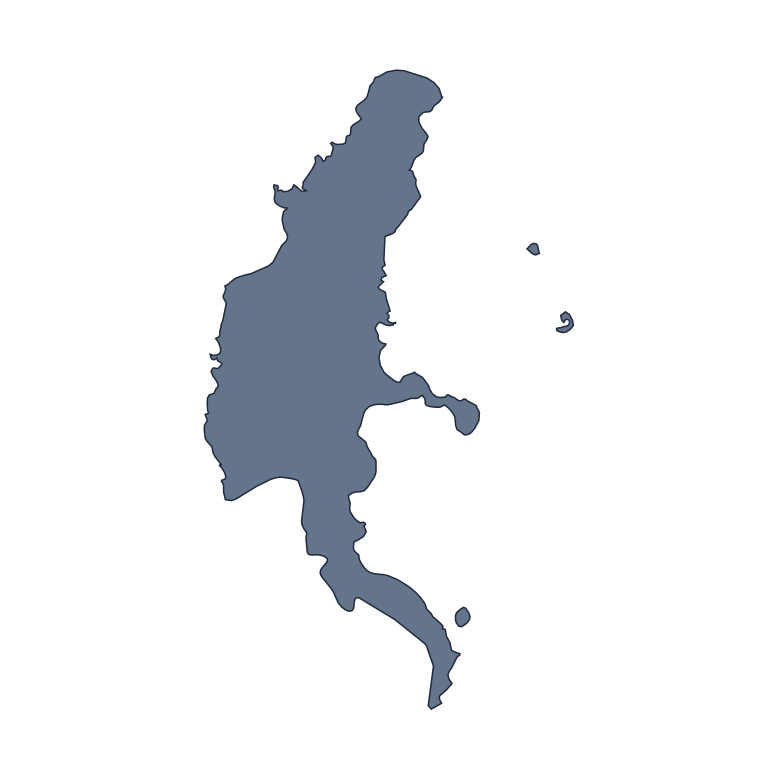 West New Britain, Robinson projection, rotated 100°
{"feature_id": "PNG-1257", "entity_name": "West New Britain", "entity_type": "Province", "adm_level": 1, "iso_a3": "PNG", "parent_name": "Papua New Guinea", "parent_adm1": "", "projection": "robinson", "projection_center": [149.97, -5.482], "detail": "fine", "context": "isolated", "style": "filled", "palette": "slate", "viewbox_px": 768, "rotation_deg": 100, "n_neighbors": 0, "source": "natural_earth", "source_scale": "10m", "svg_char_len": 6159}
<svg xmlns="http://www.w3.org/2000/svg" viewBox="0 0 768 768"><g transform="rotate(100 384 384)"><path d="M525.5,520.1L518.3,523.2L511.6,524.4L510.0,525.3L508.0,527.2L507.0,527.1L505.0,523.8L502.3,523.8L498.4,526.0L494.8,529.2L492.9,531.9L491.9,531.4L491.6,530.4L484.9,537.8L480.9,540.7L477.0,542.0L475.4,543.1L470.9,548.6L468.8,550.5L460.7,553.0L455.9,553.6L452.8,552.6L450.6,551.5L445.2,554.8L444.6,554.3L443.7,552.4L442.6,551.9L440.6,553.1L433.2,554.9L428.3,555.3L425.0,554.1L423.3,550.8L422.1,549.6L418.1,548.7L415.6,547.1L412.9,547.5L409.7,549.9L405.8,553.8L401.7,556.5L398.3,555.5L397.8,554.5L397.7,551.2L397.3,550.0L392.6,547.0L391.4,548.1L390.0,551.9L387.5,553.3L389.7,555.5L389.5,557.6L387.6,559.2L384.8,560.4L385.4,557.3L384.6,554.1L382.9,551.5L380.5,550.5L378.0,551.0L374.7,552.4L371.3,554.7L368.4,557.7L366.2,554.8L364.3,554.2L360.8,554.8L355.7,554.4L354.6,554.8L349.8,553.8L332.1,553.3L330.9,554.0L327.4,556.9L325.2,557.7L320.8,556.6L317.9,556.4L315.0,557.7L313.9,555.8L306.8,549.8L304.9,547.5L301.1,540.4L298.4,534.1L287.7,518.1L283.2,514.4L265.5,508.8L259.8,505.0L256.6,504.4L253.6,505.2L249.0,509.2L241.0,512.5L238.1,513.0L232.3,512.8L230.1,512.0L228.6,510.1L227.4,510.1L227.9,513.2L227.0,517.1L225.4,520.9L223.5,523.2L220.9,524.2L213.5,524.5L209.3,526.9L207.0,526.9L207.1,523.2L208.7,522.2L210.9,522.6L212.2,522.1L210.9,518.9L212.1,516.0L210.8,512.0L207.7,508.5L203.4,507.3L205.2,503.8L207.3,500.9L208.4,498.0L207.1,494.2L205.6,498.3L204.0,498.7L202.0,498.0L199.5,498.7L185.4,492.2L177.6,489.8L172.8,491.3L170.1,488.6L172.2,485.0L173.6,483.7L175.3,482.7L174.1,480.8L171.7,480.6L170.1,479.8L169.4,478.5L169.3,477.1L168.9,476.0L167.0,475.6L161.0,475.0L158.8,475.7L156.3,478.4L154.9,477.0L156.2,473.9L156.1,471.2L154.9,466.2L153.5,464.0L150.5,463.8L147.5,464.1L146.1,463.3L144.9,460.8L142.3,460.4L137.1,461.1L134.0,459.3L129.7,454.4L126.9,452.4L122.6,456.7L120.0,458.8L117.5,459.6L114.1,458.6L108.4,453.2L105.4,451.0L101.6,450.2L92.8,449.5L87.8,446.6L85.4,446.4L83.4,445.6L82.5,443.1L76.1,435.2L72.8,426.4L72.0,418.5L75.2,394.7L78.4,387.3L83.4,381.1L90.1,377.5L91.0,377.3L91.4,376.1L96.6,378.6L100.9,382.6L102.4,383.5L105.6,384.3L107.3,385.5L108.2,387.2L109.2,391.1L109.9,392.7L114.9,396.1L120.4,394.9L125.7,390.8L130.2,385.5L132.6,383.7L135.1,383.9L140.8,386.3L147.3,385.7L149.7,386.3L155.5,392.0L158.7,393.4L166.2,394.8L168.9,396.3L169.2,393.7L170.4,392.4L174.0,390.6L176.9,388.0L180.9,387.6L183.4,386.8L193.1,380.4L207.4,387.4L209.7,389.9L212.9,390.2L226.8,397.4L229.2,399.2L232.0,399.5L234.2,401.4L236.5,405.2L236.2,405.1L238.8,408.6L262.1,405.6L266.7,403.5L269.6,406.1L271.9,405.2L274.2,402.7L277.0,400.6L278.2,402.8L280.2,404.8L282.3,405.0L283.3,402.2L288.4,405.9L289.7,406.4L291.5,404.6L293.2,399.0L295.4,397.8L298.8,396.9L311.2,390.6L311.7,391.8L313.8,393.4L314.9,391.8L316.4,390.8L318.2,390.8L320.1,392.0L321.9,390.1L322.6,387.9L322.4,385.5L321.4,383.3L322.3,383.2L322.7,384.9L324.3,385.2L325.4,388.3L325.6,392.4L323.8,398.7L325.9,400.7L328.7,401.9L330.4,402.2L332.9,401.1L336.6,398.3L339.8,397.8L341.4,397.0L343.1,395.0L344.2,392.2L344.2,389.2L345.5,389.2L351.7,393.3L359.0,393.5L366.2,390.9L372.1,386.3L374.1,383.6L378.9,374.7L379.9,371.1L379.2,368.5L373.4,366.1L371.9,364.0L368.9,358.5L367.1,356.0L368.4,353.9L370.9,347.2L375.5,342.2L378.2,339.8L381.8,337.6L385.3,334.6L387.5,329.9L387.6,327.6L387.3,325.4L386.2,321.4L383.7,319.9L383.6,318.3L384.6,316.0L385.2,312.3L387.1,308.5L387.5,306.2L387.1,305.0L385.2,303.2L384.8,302.0L385.0,300.6L386.0,299.4L389.1,289.8L395.4,285.1L403.5,284.2L411.6,286.8L415.8,289.1L417.8,290.7L419.2,292.6L420.1,295.6L419.6,297.4L418.5,298.7L416.3,304.1L412.4,306.2L404.1,308.5L400.7,311.2L396.6,316.0L394.1,320.7L397.2,324.9L398.0,329.9L398.2,335.3L397.7,338.7L396.4,339.9L392.8,340.7L391.3,341.5L389.0,343.7L388.5,344.6L391.9,348.0L392.7,350.0L393.4,354.7L398.1,363.2L403.4,375.5L404.1,378.3L404.3,382.2L405.1,386.7L406.6,391.2L409.0,394.9L412.5,397.5L416.4,398.8L429.2,399.9L432.9,401.1L436.3,401.7L439.5,400.6L444.2,392.0L449.1,389.4L454.8,384.4L456.7,383.3L459.9,379.1L461.1,378.6L470.5,376.8L474.1,376.7L477.5,377.4L488.6,382.3L492.5,385.0L494.2,388.4L495.0,392.4L497.1,396.8L500.1,399.6L503.7,398.5L506.7,396.7L513.0,396.1L515.9,394.9L521.0,390.3L523.2,387.1L524.8,383.3L523.7,380.6L524.2,378.6L525.7,377.8L527.2,379.1L532.7,375.8L537.8,377.8L542.0,382.3L544.9,386.3L550.6,385.6L552.6,384.9L554.0,383.6L557.0,379.1L560.8,378.0L564.6,375.3L568.0,371.9L570.4,368.9L572.2,364.6L572.5,360.2L571.8,350.9L572.1,346.5L574.2,337.0L579.1,324.7L583.4,317.0L588.3,310.5L593.3,305.5L598.5,302.7L601.9,297.7L604.7,295.5L609.9,286.8L612.4,283.9L615.0,283.9L615.0,281.1L621.6,278.7L627.1,274.2L634.5,271.3L635.4,268.6L636.5,262.3L637.8,262.3L640.1,264.6L651.8,268.1L655.9,270.0L659.4,270.5L663.0,269.0L667.1,265.0L674.6,269.5L681.7,275.3L685.3,274.4L688.4,271.8L696.0,281.0L693.1,284.6L653.2,286.3L634.2,296.9L632.3,299.3L614.1,332.4L598.9,371.5L599.1,373.8L600.3,375.0L604.3,375.5L608.5,375.0L610.5,375.1L611.9,375.5L612.9,376.4L613.6,378.1L613.8,380.3L612.8,383.6L610.9,387.0L607.2,391.3L597.7,397.7L594.9,400.2L585.1,411.3L582.9,413.3L580.7,414.1L578.3,414.1L575.8,413.0L569.5,409.5L568.3,409.1L566.3,409.4L565.0,410.8L564.2,412.7L563.6,416.9L563.8,420.2L564.9,425.3L565.1,427.5L564.6,429.0L563.0,430.4L549.2,434.1L545.0,434.1L543.6,434.7L539.7,438.4L536.6,440.4L533.2,441.4L513.2,442.5L510.1,443.4L504.2,446.0L494.5,451.6L494.0,452.3L493.5,454.1L493.2,459.8L493.6,469.9L495.0,473.9L497.4,478.8L506.8,491.6L523.0,509.8L525.3,513.9L525.5,520.1ZM603.0,259.8L606.3,261.9L609.5,265.4L609.5,268.5L606.4,271.5L604.4,272.4L599.8,273.4L596.5,272.8L592.5,269.6L590.2,267.0L590.6,264.5L594.8,260.7L597.8,259.0L600.6,258.8L603.0,259.8ZM293.4,207.6L296.0,208.9L298.9,211.0L301.3,213.8L302.3,216.9L302.1,220.4L301.7,222.2L301.0,223.3L299.4,223.7L298.7,222.6L297.9,219.7L296.5,217.5L295.6,215.0L294.5,212.9L292.1,211.8L289.4,212.4L288.4,214.5L289.3,216.7L292.2,217.6L291.0,219.4L289.5,220.4L285.8,221.9L281.4,217.9L283.5,213.3L288.6,209.4L293.4,207.6ZM219.7,258.0L221.1,256.8L228.5,253.7L230.6,257.2L230.0,260.3L226.1,266.6L221.1,263.4L219.5,261.0L219.7,258.0Z" fill="#64748b" stroke="#1e293b" stroke-width="1.5"/></g></svg>